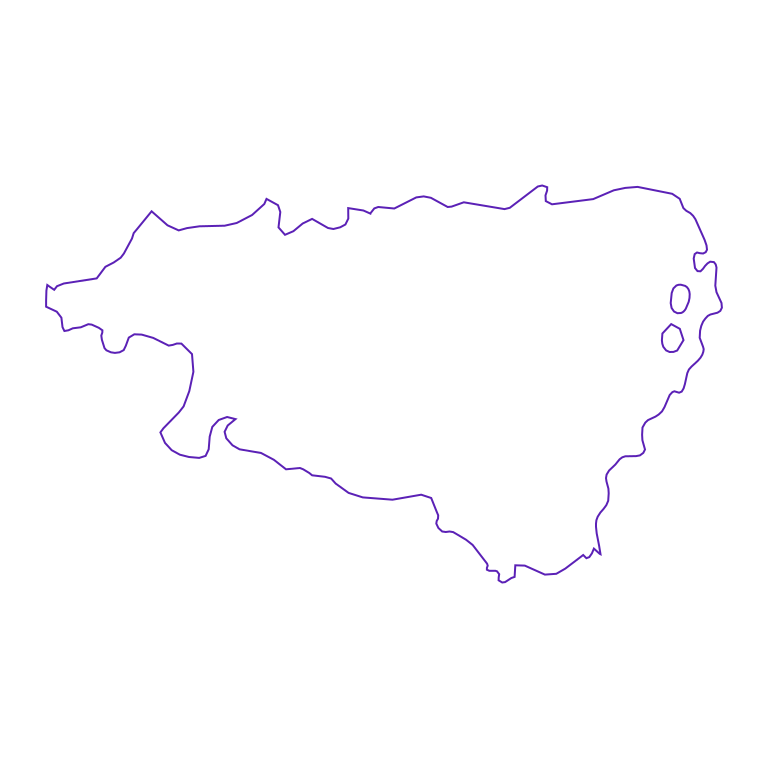 the border of Pyrénées-Atlantiques
{"feature_id": "FRA-5336", "entity_name": "Pyrénées-Atlantiques", "entity_type": "Metropolitan department", "adm_level": 1, "iso_a3": "FRA", "parent_name": "France", "parent_adm1": "", "projection": "equal_earth", "projection_center": [-0.695, 43.182], "detail": "fine", "context": "isolated", "style": "outline", "palette": "violet", "viewbox_px": 768, "rotation_deg": 0, "n_neighbors": 0, "source": "natural_earth", "source_scale": "10m", "svg_char_len": 3647}
<svg xmlns="http://www.w3.org/2000/svg" viewBox="0 0 768 768"><path d="M64.4,331.0L63.5,329.2L62.5,327.1L61.4,317.7L56.8,311.7L46.1,306.7L46.1,300.8L46.4,290.6L47.3,285.0L48.3,285.7L48.5,285.9L54.2,289.8L57.0,286.2L63.8,283.5L96.7,278.4L105.4,266.8L113.7,262.5L120.7,257.7L123.9,253.5L132.0,238.5L133.7,233.1L136.9,229.3L151.6,211.3L167.5,225.3L178.7,230.4L187.0,228.1L199.5,226.3L224.7,225.7L236.7,223.0L252.1,215.0L264.3,204.0L266.5,198.9L278.0,205.2L280.3,212.0L278.5,227.4L285.0,234.8L293.4,231.2L302.7,223.5L312.1,218.9L328.0,228.0L333.4,229.0L340.2,227.3L345.4,224.5L348.3,218.6L348.2,208.1L363.4,210.5L370.4,213.6L370.5,213.2L374.3,208.4L378.2,207.0L394.3,208.5L416.3,197.4L423.7,196.4L430.9,197.8L447.7,207.0L451.6,206.6L463.8,202.3L504.5,209.1L509.8,207.8L537.8,186.5L542.2,185.5L547.2,187.2L547.1,190.6L545.5,195.4L545.8,201.1L552.0,204.3L593.2,199.1L613.8,190.3L625.3,187.9L637.6,186.9L672.2,193.8L679.7,198.8L683.4,208.1L686.3,210.8L690.3,213.1L693.1,215.8L695.4,219.2L704.6,239.9L706.5,245.4L707.0,249.7L705.7,252.2L703.1,253.5L699.9,253.2L697.0,252.5L694.7,254.1L693.7,258.5L695.0,268.0L697.5,271.1L700.5,271.3L703.0,268.8L705.1,265.9L707.5,263.4L710.2,261.7L713.9,262.1L715.7,264.4L716.5,267.6L715.3,285.7L716.5,292.2L721.5,303.0L721.9,307.7L720.3,310.9L717.5,312.7L710.4,314.5L707.8,315.9L705.3,318.6L703.1,321.6L701.3,325.8L700.1,330.6L699.7,337.8L703.1,346.9L703.7,349.2L703.3,351.8L702.3,354.7L700.5,357.7L697.8,360.8L691.5,366.6L688.9,369.5L687.3,373.1L684.9,384.1L683.6,388.4L681.7,391.6L679.1,392.7L674.4,391.3L672.4,392.1L669.7,395.0L664.5,407.1L662.0,411.4L658.7,414.5L655.5,416.6L648.0,420.1L645.3,422.6L642.5,427.5L642.1,434.8L642.4,440.2L645.0,449.5L643.3,452.9L639.9,455.4L636.1,456.1L625.3,456.3L622.3,457.3L619.6,459.3L615.3,464.6L609.1,470.5L606.6,474.6L606.0,478.1L606.5,481.5L608.4,488.6L608.7,493.3L608.2,500.8L606.3,505.2L603.4,509.1L600.4,512.5L597.7,516.7L596.4,520.2L596.0,523.6L596.0,526.8L596.7,533.4L599.1,545.7L600.5,554.2L599.7,553.8L593.9,548.6L591.9,553.4L589.3,557.1L586.4,558.2L583.2,555.0L565.3,568.6L556.3,573.8L544.9,574.6L524.8,565.6L515.3,565.3L514.6,576.9L511.4,578.0L505.1,582.1L502.2,582.5L498.6,580.3L498.7,577.3L499.2,574.2L497.0,571.3L495.4,570.8L489.3,570.8L486.9,569.7L486.9,567.8L487.7,565.7L487.1,563.7L472.7,545.0L466.0,539.7L453.2,532.1L449.5,531.5L445.8,532.0L442.2,531.5L438.4,528.0L436.3,523.6L436.7,521.0L438.0,518.7L438.2,515.3L436.6,511.5L431.2,498.0L421.2,494.7L392.5,499.7L362.8,497.4L348.6,492.9L335.7,483.6L331.1,478.5L325.0,476.8L312.1,475.3L309.3,473.0L303.2,469.3L299.9,468.0L286.0,469.3L273.9,459.8L261.1,453.0L239.5,449.3L232.5,445.3L226.3,438.3L224.6,431.8L227.7,425.5L235.5,419.1L227.1,417.0L218.7,420.0L212.3,426.9L209.7,436.6L208.7,449.3L205.6,455.9L199.2,457.9L189.0,457.0L179.9,454.7L171.7,450.2L165.0,442.9L160.4,432.4L163.4,428.3L178.8,412.5L183.6,406.4L189.3,391.1L193.4,371.8L192.0,354.1L181.4,343.6L176.9,343.5L172.8,344.9L168.7,345.6L153.2,337.9L141.7,334.6L134.3,334.3L128.8,337.6L125.8,345.8L123.7,350.1L119.6,352.3L114.9,352.9L110.9,352.3L106.4,350.3L104.5,348.1L101.9,339.8L101.3,335.6L102.3,332.6L102.4,330.3L98.8,327.8L91.7,324.6L88.3,324.2L80.8,327.3L72.8,328.3L68.4,330.3L64.4,331.0ZM669.6,352.0L673.5,351.9L677.2,350.5L683.5,340.1L679.8,328.8L671.2,324.1L662.4,333.5L661.9,340.3L662.3,343.7L663.3,346.8L666.1,350.4L669.6,352.0ZM677.4,313.2L681.0,313.0L682.4,312.4L683.6,311.5L684.8,310.2L685.8,308.7L688.7,301.8L689.5,298.0L689.7,294.1L689.3,291.4L688.4,289.1L687.0,287.2L685.2,285.9L680.8,284.7L678.5,284.8L676.4,285.5L673.4,288.4L671.7,293.0L670.7,303.1L671.6,308.0L674.0,311.5L677.4,313.2Z" fill="none" stroke="#5b21b6" stroke-width="2"/></svg>